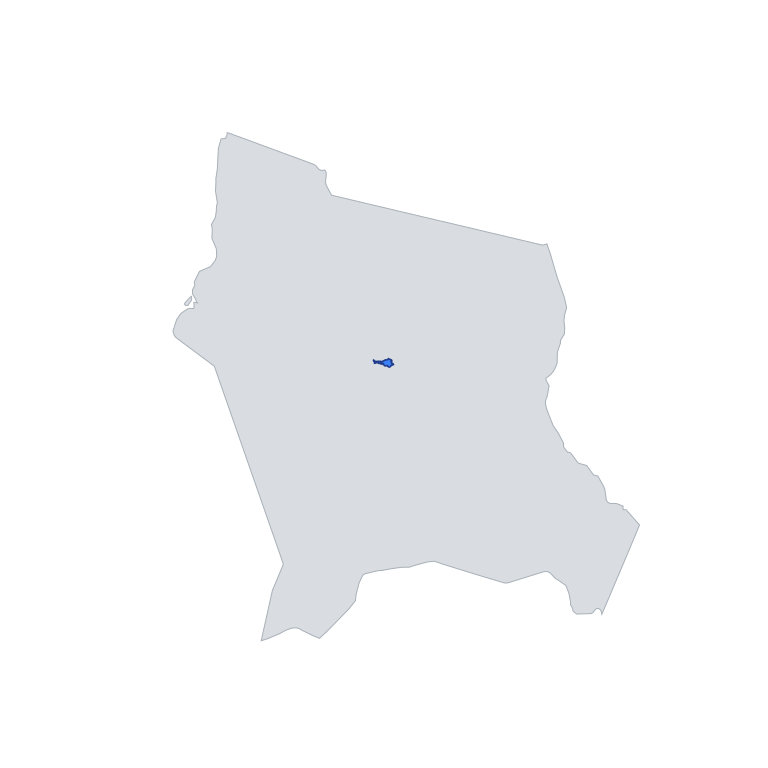 North Imenti, Eastern, Kenya (highlighted), rotated 161°
{"feature_id": "3690345B12906040129315", "entity_name": "North Imenti", "entity_type": "district", "adm_level": 2, "iso_a3": "KEN", "parent_name": "Kenya", "parent_adm1": "Eastern", "projection": "robinson", "projection_center": [37.763, 0.044], "detail": "fine", "context": "in_parent", "style": "filled", "palette": "blue", "viewbox_px": 768, "rotation_deg": 161, "n_neighbors": 0, "source": "geoboundaries", "source_scale": "gbopen_adm2", "svg_char_len": 5893}
<svg xmlns="http://www.w3.org/2000/svg" viewBox="0 0 768 768"><g transform="rotate(161 384 384)"><path d="M184.4,463.5L184.3,453.8L185.5,429.2L185.3,407.6L186.4,396.8L191.1,390.0L193.3,385.0L194.9,378.0L197.3,372.4L202.9,367.8L203.9,365.2L209.8,357.5L213.4,347.6L216.1,344.2L219.4,341.1L221.8,339.5L225.7,337.8L228.7,336.9L229.3,336.1L229.5,334.5L228.5,328.4L229.8,326.4L231.9,322.3L234.3,318.5L236.4,316.0L237.6,313.5L238.2,309.2L238.3,306.1L238.2,301.1L237.6,289.8L235.1,280.3L233.5,269.6L234.7,266.1L232.7,259.9L231.7,259.5L230.1,258.2L228.1,252.3L226.5,246.9L225.6,245.6L218.9,240.9L215.5,229.8L211.8,227.4L209.8,216.4L209.4,213.2L211.5,202.3L211.3,199.8L209.1,197.4L202.8,195.1L197.7,190.6L198.4,189.0L198.7,187.3L196.0,186.2L188.3,167.5L198.3,156.2L208.5,144.8L221.5,130.3L233.4,117.1L243.7,105.6L253.0,95.4L252.7,97.3L252.8,99.9L253.9,101.5L255.8,102.6L258.4,101.5L260.7,99.9L263.0,99.5L276.8,103.8L279.1,107.5L278.9,111.5L279.5,114.4L278.5,117.3L277.3,126.1L277.6,134.2L281.8,140.1L285.5,144.8L288.4,151.4L290.6,153.4L293.6,154.5L303.1,154.8L317.1,155.2L330.7,155.6L331.9,155.7L334.8,156.6L347.2,165.5L358.6,173.7L368.3,180.8L377.6,187.6L386.7,194.3L393.8,199.9L400.8,201.6L412.1,202.4L419.9,202.6L427.1,205.0L437.9,207.1L445.9,208.2L450.8,209.5L464.2,210.8L466.5,210.0L472.4,203.9L479.0,193.9L481.6,188.4L490.2,182.9L505.3,175.3L515.9,169.9L527.8,164.5L533.1,169.2L540.6,176.7L543.9,180.4L546.5,182.1L550.6,183.2L555.5,183.2L558.1,183.0L563.6,182.0L576.4,181.1L583.7,181.2L577.6,191.2L570.2,203.2L556.7,225.2L546.3,236.8L538.5,245.6L537.8,247.1L537.8,256.9L537.9,280.8L538.1,328.6L538.3,376.3L538.5,424.1L538.6,448.0L538.6,456.0L545.4,466.0L552.1,475.8L561.0,488.8L565.7,495.8L566.5,498.1L566.3,502.8L559.0,512.5L553.0,516.9L545.0,519.0L542.5,518.6L539.4,517.2L538.1,519.6L537.2,523.2L535.4,522.4L534.1,521.4L534.9,527.8L535.7,531.0L534.5,535.3L530.6,539.1L530.2,542.3L521.8,550.6L509.8,551.5L503.5,555.7L500.7,559.0L498.5,566.4L499.3,577.8L495.9,586.5L495.3,590.9L489.1,596.6L486.4,601.8L484.3,607.1L482.6,609.4L480.5,621.3L477.6,628.5L476.8,630.8L476.1,633.0L473.8,637.2L472.4,640.1L471.4,642.0L464.0,660.5L458.3,668.8L453.9,667.9L450.9,671.1L450.6,672.6L449.0,671.8L445.3,668.7L437.6,662.5L429.9,656.2L422.2,649.9L414.6,643.7L406.9,637.4L399.2,631.1L391.5,624.9L383.9,618.6L379.3,614.9L377.4,612.8L375.8,608.4L375.0,607.4L373.0,606.0L370.6,605.7L369.9,604.9L369.9,602.8L370.8,599.8L373.6,594.0L373.9,590.7L373.3,586.8L372.4,580.7L371.7,579.3L366.6,576.1L355.9,569.3L345.3,562.6L334.6,555.8L323.9,549.1L313.3,542.3L302.6,535.6L291.9,528.8L281.3,522.1L270.6,515.4L259.9,508.6L249.2,501.9L238.6,495.1L227.9,488.4L217.2,481.6L206.6,474.9L195.9,468.1L191.9,465.6L188.3,463.5L184.4,463.5ZM539.3,529.0L537.5,529.5L538.4,526.2L543.9,522.1L546.1,523.0L546.6,524.0L546.5,524.8L545.5,525.7L539.3,529.0Z" fill="#d9dde1" stroke="#a8b0b8" stroke-width="1"/><path d="M368.4,404.0L368.6,404.0L368.8,404.0L369.1,403.9L369.2,404.1L369.2,404.3L369.3,404.4L369.4,404.7L369.5,404.8L369.8,404.9L370.0,405.0L370.3,405.3L370.4,405.5L370.5,405.5L370.8,405.7L370.9,405.8L371.0,405.9L371.2,406.0L371.2,406.3L371.3,406.4L371.4,406.5L371.5,406.4L371.6,406.5L371.8,406.3L372.0,406.2L372.3,406.1L372.5,406.1L372.9,405.9L373.1,406.0L373.2,405.9L373.3,406.0L373.6,406.0L373.8,406.0L374.0,406.0L374.4,406.2L374.5,406.2L374.6,406.3L374.8,406.4L375.0,406.3L375.2,406.2L375.3,406.2L375.5,406.3L375.8,406.3L375.9,406.2L376.0,406.2L376.4,406.1L376.5,406.0L376.8,406.1L377.0,406.0L377.1,405.9L377.3,405.9L377.4,406.0L377.5,406.0L377.9,406.0L378.0,406.0L378.4,406.0L378.5,406.0L378.7,405.9L378.9,405.9L379.0,405.9L379.1,406.0L379.3,406.2L379.5,406.3L379.8,406.4L379.9,406.5L380.0,406.4L380.1,406.5L380.2,406.4L380.2,406.5L380.3,406.5L380.5,406.6L380.6,406.8L380.8,406.8L381.0,406.9L381.3,407.0L381.5,407.2L382.0,407.2L382.3,407.4L382.5,407.4L382.8,407.4L383.0,407.3L383.3,407.3L383.4,407.2L383.4,407.3L383.5,407.3L383.4,407.4L383.3,407.5L383.5,407.5L383.8,407.7L384.0,407.7L384.2,407.8L384.2,408.0L384.3,408.0L384.4,407.9L384.6,407.9L384.8,408.1L384.9,408.3L385.0,408.3L385.1,408.5L385.3,408.7L385.3,408.8L385.5,409.0L385.6,409.3L385.8,409.4L385.8,409.6L386.0,409.8L386.0,410.0L386.3,409.9L386.3,409.7L386.3,409.4L386.3,409.2L386.3,408.9L386.3,408.7L386.1,408.6L385.9,408.6L385.7,408.4L385.6,408.2L385.7,407.8L385.8,407.8L385.8,407.6L385.9,407.4L385.8,407.2L386.0,406.9L386.3,406.8L386.3,406.7L386.2,406.6L385.9,406.5L385.7,406.6L385.3,406.6L385.2,406.7L385.0,406.8L384.9,406.7L384.8,406.8L384.7,406.8L384.3,406.9L384.2,406.8L384.1,406.7L383.9,406.6L383.6,406.6L383.4,406.4L383.2,406.2L382.9,406.1L382.7,406.0L382.6,405.8L382.6,405.6L382.5,405.4L382.4,405.2L382.4,405.3L382.2,405.1L381.9,405.0L381.7,405.0L381.6,404.9L381.4,404.9L381.2,404.8L381.1,404.7L381.1,404.8L380.9,404.8L380.7,404.9L380.4,404.9L380.2,404.7L379.9,404.6L379.7,404.5L379.7,404.4L379.4,404.3L379.4,404.2L379.3,404.3L379.2,404.3L379.1,404.2L378.9,404.0L378.8,403.9L378.7,403.9L378.7,403.7L378.6,403.8L378.4,403.8L378.2,403.7L378.3,403.6L378.2,403.5L378.0,403.2L377.9,402.9L377.9,402.7L377.9,402.3L377.9,402.2L377.8,401.8L377.6,401.2L377.4,401.0L377.2,401.0L377.1,400.9L377.0,400.7L376.9,400.7L376.7,400.6L376.2,400.4L375.9,400.5L375.6,400.5L375.4,400.6L375.2,400.6L375.1,400.4L374.8,400.1L374.8,399.9L374.7,399.4L374.6,399.2L374.3,399.0L373.9,398.4L373.7,398.2L373.4,398.2L373.0,398.3L372.8,398.3L372.4,398.3L371.8,398.6L371.5,398.8L371.4,399.1L370.6,399.1L370.3,399.2L369.3,399.2L368.7,399.2L368.7,399.3L368.8,400.2L369.1,400.2L369.3,400.1L369.2,400.0L369.2,399.9L369.3,399.8L369.2,399.5L369.5,399.5L369.7,399.9L369.9,400.2L369.9,400.3L369.9,400.5L369.7,400.9L369.8,401.0L370.0,401.3L369.9,401.5L369.6,401.5L369.7,402.3L370.0,402.2L370.0,402.5L369.5,402.7L369.4,402.8L369.5,402.9L369.6,403.0L369.9,403.5L369.5,403.6L369.3,403.6L369.2,403.5L368.9,403.7L368.9,403.8L368.7,403.9L368.4,404.0Z" fill="#3b82f6" stroke="#1e3a8a" stroke-width="1.5"/></g></svg>